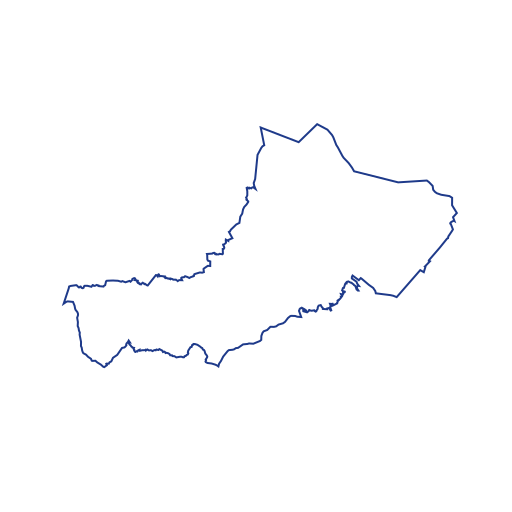 the district of Racaciuni, Bacau, Romania, rotated 329°
{"feature_id": "2599482B8693341278780", "entity_name": "Racaciuni", "entity_type": "district", "adm_level": 2, "iso_a3": "ROU", "parent_name": "Romania", "parent_adm1": "Bacau", "projection": "mercator", "projection_center": [26.919, 46.359], "detail": "fine", "context": "isolated", "style": "outline", "palette": "blue", "viewbox_px": 512, "rotation_deg": 329, "n_neighbors": 0, "source": "geoboundaries", "source_scale": "gbopen_adm2", "svg_char_len": 6103}
<svg xmlns="http://www.w3.org/2000/svg" viewBox="0 0 512 512"><g transform="rotate(329 256 256)"><path d="M450.3,322.6L450.2,313.5L454.1,307.1L452.7,304.3L446.3,298.9L443.3,295.3L442.4,293.1L442.0,290.5L443.5,286.9L442.3,281.7L441.3,279.3L415.8,266.1L383.7,233.9L383.8,229.7L383.3,224.1L381.7,217.0L381.6,214.6L382.1,205.1L382.0,202.2L383.4,194.1L383.5,191.6L382.3,184.5L376.3,174.5L351.2,180.4L326.2,148.3L320.1,165.3L318.1,165.3L316.3,166.0L309.4,170.1L294.9,189.6L291.6,192.3L290.6,194.9L290.1,198.2L289.0,195.6L287.9,195.3L286.8,195.6L285.4,194.0L284.7,194.5L284.0,193.6L283.9,192.9L283.1,192.8L281.9,196.0L279.8,199.5L278.4,200.5L277.6,200.8L277.4,202.7L276.8,202.9L277.5,205.2L277.1,205.7L274.4,207.0L271.2,207.9L268.9,209.4L266.0,212.6L262.8,214.2L258.8,219.1L255.4,218.8L248.0,220.5L246.5,221.4L245.2,221.4L244.9,228.6L240.5,228.0L240.0,228.8L238.6,226.4L238.0,227.2L237.3,228.9L236.8,229.3L234.7,229.6L233.7,229.3L233.4,230.3L233.5,231.3L233.0,232.7L231.8,233.3L231.1,232.9L228.8,237.0L228.1,237.2L225.8,235.3L224.8,235.4L223.4,234.5L223.1,234.0L222.8,234.2L222.0,233.5L221.8,232.5L222.1,232.1L221.8,231.7L220.5,231.3L219.7,231.4L215.0,229.0L214.8,229.8L212.5,233.9L212.4,235.2L214.0,237.1L211.6,241.0L209.6,239.6L204.9,239.9L204.3,240.1L203.0,243.0L201.3,242.6L199.4,241.2L194.6,240.0L193.7,239.9L192.5,241.1L192.1,240.8L191.7,241.1L189.1,240.5L187.5,240.5L186.4,238.7L184.8,236.8L183.4,237.1L181.5,236.2L180.6,236.3L180.4,236.6L180.2,238.7L177.7,237.1L176.0,237.2L175.9,236.6L175.3,235.7L175.2,235.1L172.8,233.6L172.6,232.9L171.5,231.7L170.9,231.8L170.9,231.2L169.9,231.0L169.9,230.5L168.7,229.8L168.3,229.0L167.8,228.8L167.6,228.0L166.9,228.1L166.8,227.3L167.1,227.2L166.8,226.8L167.2,226.5L164.2,224.2L162.9,223.7L163.3,221.9L163.0,221.5L162.6,221.6L161.2,222.8L160.9,221.2L160.4,220.8L148.0,225.5L147.3,224.7L146.7,223.0L146.4,222.5L145.9,222.6L145.2,220.7L144.7,220.9L143.5,220.5L142.8,221.1L141.9,220.4L141.5,219.3L141.8,218.7L141.6,218.1L140.9,218.1L140.8,217.4L140.9,216.8L141.8,216.2L139.8,214.3L140.7,214.0L140.7,212.7L140.2,212.2L138.3,212.0L137.7,212.7L135.2,213.4L134.7,212.2L130.6,211.3L128.5,208.7L127.2,208.6L125.0,206.2L120.7,203.3L115.4,200.4L114.4,200.5L111.7,203.3L109.9,203.3L109.5,203.6L106.2,201.2L106.0,200.4L105.4,200.4L105.3,199.7L104.6,198.8L102.5,198.6L101.6,198.0L101.5,197.3L101.0,196.8L99.1,197.6L96.0,194.6L93.8,193.3L93.0,193.4L91.9,194.4L90.9,194.4L90.1,193.5L90.0,191.9L89.7,191.7L88.4,191.9L87.9,191.6L87.2,188.8L86.9,188.4L81.7,186.2L80.1,185.9L78.8,187.3L66.6,197.8L69.8,197.6L71.2,197.9L75.5,201.1L74.9,205.1L73.8,208.1L73.6,209.3L74.0,212.0L73.8,213.3L73.5,214.2L72.8,215.2L70.9,216.8L69.3,220.9L67.1,224.2L66.8,226.4L65.9,228.6L65.5,230.9L64.3,232.6L61.8,239.5L59.6,243.0L59.4,244.8L58.3,247.5L57.9,249.6L58.0,250.5L59.5,253.0L60.1,255.9L61.6,259.1L61.3,261.0L61.5,261.5L64.4,263.1L65.1,265.4L67.1,269.2L68.0,272.2L68.7,273.1L71.9,272.8L72.1,271.3L72.6,271.3L74.3,272.5L75.7,271.7L77.7,271.8L81.0,269.6L86.1,269.3L93.8,265.8L96.1,266.6L97.3,266.4L98.9,265.8L99.2,264.9L100.0,264.3L102.2,263.6L103.3,262.9L103.4,265.2L102.6,264.6L102.0,264.9L102.1,267.1L102.5,268.0L102.5,269.4L102.9,270.1L102.9,270.8L104.1,271.9L103.3,272.5L103.3,273.5L103.1,273.5L102.9,274.3L103.0,275.9L103.3,276.2L104.6,276.1L105.2,276.8L106.4,276.2L107.9,276.4L107.4,277.1L107.5,277.4L109.8,278.1L112.9,279.8L113.4,279.6L113.6,280.0L113.4,280.3L114.8,280.2L115.6,281.8L117.4,282.6L118.3,284.2L120.3,284.3L121.2,284.7L121.5,285.2L122.5,284.9L123.9,286.3L125.2,286.0L126.9,288.8L126.8,290.4L128.0,290.6L128.5,291.3L128.5,292.6L129.3,292.8L130.6,294.1L131.4,295.6L131.3,296.9L132.9,297.9L132.9,298.8L134.5,299.9L135.5,301.9L139.2,303.3L140.3,304.0L141.3,305.3L142.2,305.7L143.2,305.1L144.2,305.5L145.7,305.1L146.8,305.3L147.9,304.5L147.9,303.6L149.2,302.2L152.9,300.4L153.9,300.8L155.5,299.4L156.6,299.7L157.1,299.2L158.3,300.0L160.1,302.0L161.6,305.2L161.9,306.4L162.5,307.2L162.3,308.8L163.0,309.8L163.0,311.0L162.3,313.5L162.6,315.8L162.5,317.0L161.9,317.7L159.6,318.8L159.6,319.5L158.4,320.4L158.3,321.1L159.3,322.7L162.6,325.3L165.1,328.1L166.1,329.5L166.9,331.3L168.9,329.3L171.8,328.0L176.1,325.3L182.7,322.9L184.3,322.7L187.4,324.2L189.0,324.7L191.3,324.6L193.3,325.5L199.4,325.1L203.4,327.0L205.0,327.4L208.5,329.8L215.6,330.9L217.3,330.6L219.4,327.3L222.0,325.2L223.8,324.5L227.5,325.2L231.9,324.1L234.9,326.0L237.0,326.7L240.0,326.4L244.5,327.6L247.0,327.4L251.5,325.6L254.3,325.2L255.3,325.4L258.7,327.6L260.1,329.3L263.3,331.6L264.6,325.2L266.2,323.9L267.3,323.7L268.4,324.3L268.7,324.1L270.3,326.9L270.4,327.7L270.9,328.4L270.8,328.9L268.6,326.7L268.1,327.7L270.8,330.6L272.6,330.4L273.6,329.7L274.0,329.8L274.3,330.5L275.5,331.6L277.9,332.5L277.9,333.3L278.5,334.4L279.2,334.4L279.4,333.9L281.1,333.4L282.0,332.6L282.5,331.8L284.1,330.8L286.2,331.4L286.1,333.5L286.5,334.7L286.0,335.8L289.6,338.3L290.0,337.6L291.9,338.2L291.9,341.2L292.5,341.3L293.2,338.2L293.8,337.4L294.4,337.3L294.8,335.1L295.5,335.6L295.3,337.4L295.4,337.9L296.7,337.9L296.8,337.1L296.5,336.7L296.5,336.2L297.1,336.4L297.1,338.1L301.2,338.4L301.5,337.8L302.5,337.3L302.9,336.3L304.0,336.5L304.1,336.1L305.6,336.1L307.6,335.4L307.7,335.0L307.9,335.2L309.3,334.7L309.7,334.3L309.1,333.1L309.2,332.4L310.6,333.7L311.6,333.2L311.6,332.6L312.0,331.7L312.7,331.9L313.4,332.6L313.7,332.5L313.7,332.1L312.7,331.3L312.1,329.9L313.7,328.5L314.2,328.2L314.9,328.6L318.1,325.8L319.2,325.4L319.1,326.9L319.7,325.9L320.8,325.0L322.1,325.4L323.4,327.6L324.1,328.1L324.4,329.3L325.0,330.5L325.0,331.3L325.6,332.5L325.6,333.5L325.0,336.5L325.6,338.2L326.0,338.4L325.9,336.1L326.4,334.8L327.4,334.0L328.1,334.0L328.8,334.6L328.5,331.8L328.9,329.8L326.6,324.6L327.4,323.3L328.7,322.5L331.7,329.7L334.4,328.9L334.8,329.7L337.9,338.9L340.0,343.7L340.2,347.5L339.5,349.7L351.1,358.8L353.2,360.8L355.4,363.7L389.5,352.7L391.5,356.3L395.7,352.5L395.4,352.0L402.4,350.1L401.7,349.0L402.3,348.6L417.8,343.5L428.7,339.5L429.8,339.6L430.9,338.3L437.3,335.3L438.5,334.6L439.5,328.7L439.2,328.3L439.4,327.9L440.8,327.4L443.7,327.6L444.1,328.3L444.9,324.2L450.3,322.6Z" fill="none" stroke="#1e3a8a" stroke-width="2"/></g></svg>